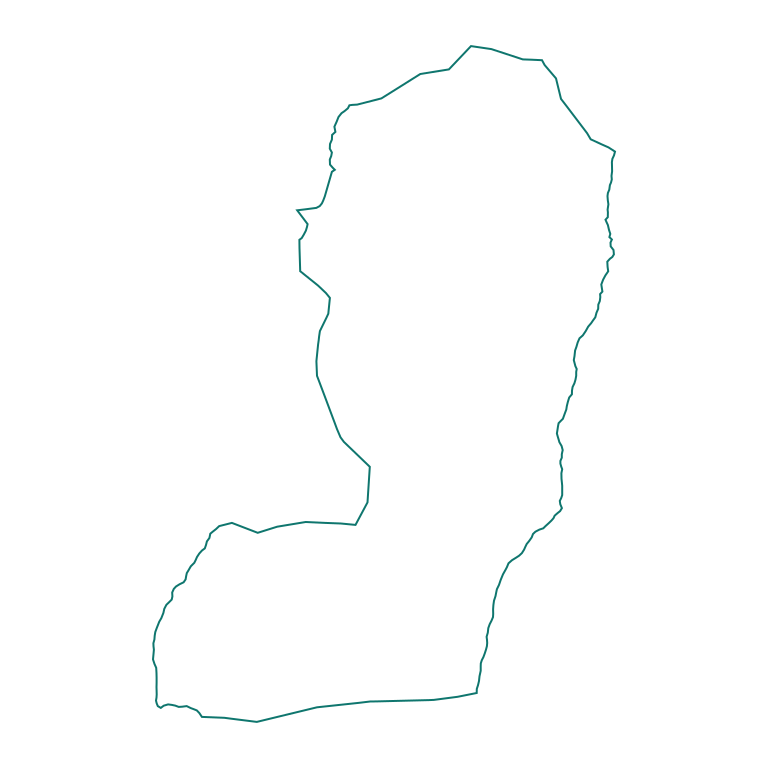 the district of Brejo do Piauí, Piauí, Brazil
{"feature_id": "56859067B37698390775933", "entity_name": "Brejo do Piauí", "entity_type": "district", "adm_level": 2, "iso_a3": "BRA", "parent_name": "Brazil", "parent_adm1": "Piauí", "projection": "mercator", "projection_center": [-42.787, -8.365], "detail": "fine", "context": "isolated", "style": "outline", "palette": "teal", "viewbox_px": 768, "rotation_deg": 0, "n_neighbors": 0, "source": "geoboundaries", "source_scale": "gbopen_adm2", "svg_char_len": 3799}
<svg xmlns="http://www.w3.org/2000/svg" viewBox="0 0 768 768"><path d="M491.4,49.1L471.0,46.1L448.9,69.4L420.3,74.0L381.4,98.4L357.2,104.6L352.2,104.9L349.4,105.3L347.9,108.3L344.4,111.2L341.5,113.2L338.5,117.0L336.6,121.8L334.4,126.7L335.4,131.9L332.1,134.9L331.9,139.6L330.0,144.0L329.8,148.7L331.9,152.5L331.2,156.1L329.8,159.5L330.0,164.6L332.8,167.8L334.8,169.8L331.9,171.8L324.8,196.4L323.2,200.6L321.9,203.4L319.7,206.1L316.3,207.9L305.6,209.3L297.2,210.3L307.6,224.1L307.0,226.9L305.9,230.6L303.8,234.6L301.7,238.1L299.4,239.8L299.5,248.1L300.2,271.2L318.1,285.6L325.9,293.0L329.9,297.9L328.3,313.7L326.4,317.8L319.9,331.1L319.1,336.5L318.7,340.2L318.1,344.4L316.4,361.2L317.0,375.8L318.6,380.0L324.3,395.1L329.8,409.8L334.9,423.4L337.0,429.1L340.5,437.3L343.9,441.9L369.8,466.8L367.5,502.4L355.5,524.9L340.9,523.5L325.1,522.9L305.7,522.0L277.2,526.7L257.7,532.8L231.9,522.9L219.2,526.1L216.0,529.1L212.7,531.7L210.3,533.7L209.4,538.0L206.9,541.4L206.0,545.0L204.8,548.4L202.0,550.5L199.3,553.5L197.0,557.0L195.7,560.0L194.3,562.8L190.8,566.3L188.5,570.3L186.8,573.1L186.1,576.4L185.6,579.4L183.6,582.3L179.5,584.3L176.0,586.5L173.8,588.9L172.2,592.5L172.4,596.5L171.7,599.6L169.4,601.9L166.4,604.8L164.3,608.8L163.4,612.9L161.3,618.2L159.2,621.8L158.0,624.9L156.8,627.9L155.3,632.0L154.7,635.7L154.4,639.5L153.4,643.2L153.5,646.2L153.9,649.7L153.5,654.1L153.0,659.4L154.5,664.0L156.2,667.8L156.5,673.1L156.6,677.7L156.6,682.9L156.5,687.3L156.6,690.6L156.7,694.5L156.5,697.6L156.0,700.6L156.7,703.4L157.8,706.1L160.8,707.9L163.7,705.7L168.1,704.4L171.8,704.9L175.2,705.6L178.7,706.9L182.1,706.7L186.7,706.1L190.8,708.1L193.5,709.1L196.8,710.4L199.3,713.0L201.9,716.9L224.4,717.8L231.2,718.7L256.8,721.9L317.0,707.3L359.3,702.8L370.1,701.5L376.9,701.4L429.0,700.1L433.8,699.9L457.6,696.8L476.7,693.0L476.8,688.9L478.0,685.2L479.0,681.0L479.5,676.3L480.7,670.8L480.7,666.2L480.8,663.4L481.8,660.2L483.4,657.1L484.8,653.3L486.0,649.6L486.9,646.2L487.2,643.0L487.0,639.8L486.6,636.8L487.8,632.7L488.3,628.1L489.7,624.2L491.5,620.7L493.0,617.1L493.2,614.0L493.1,609.2L493.4,605.0L494.0,600.7L495.5,596.1L496.2,592.5L496.9,589.2L499.0,584.9L500.7,579.9L503.0,574.3L505.3,570.2L506.9,567.2L508.5,563.3L512.0,560.2L516.2,557.6L519.1,555.7L521.9,553.1L524.1,549.6L525.2,547.1L526.7,544.0L529.0,541.2L531.7,537.4L533.0,534.0L535.4,531.7L539.4,529.6L543.3,528.3L545.5,526.1L548.7,523.2L551.4,520.6L553.5,518.2L554.7,515.6L557.7,513.0L560.1,511.1L561.9,508.1L560.3,504.3L559.8,500.9L561.2,498.1L562.2,495.1L562.2,489.9L562.2,485.8L561.9,482.6L561.5,478.7L561.4,473.2L562.2,469.2L561.2,466.5L560.4,463.6L560.4,460.9L561.8,457.7L561.8,454.2L562.7,450.1L561.6,446.0L559.4,442.2L558.6,439.4L557.7,436.4L556.9,433.5L557.4,430.3L558.0,426.3L558.6,423.2L560.8,420.9L562.9,418.8L564.8,413.5L566.3,409.5L566.8,406.2L567.8,402.1L569.2,397.5L571.9,394.3L572.0,390.5L572.6,387.0L574.4,383.3L575.5,379.6L576.2,375.8L576.2,371.9L576.7,369.0L575.4,366.2L573.8,360.1L574.5,356.1L575.1,350.5L576.4,346.9L577.7,342.4L579.5,338.3L582.8,335.4L585.7,331.1L588.2,326.6L591.2,323.1L592.9,320.6L595.3,317.3L596.5,312.7L598.2,308.8L598.3,304.6L599.8,301.1L600.3,297.1L600.1,294.1L602.4,291.6L601.3,284.5L603.1,279.7L605.4,275.4L608.2,271.3L607.6,267.0L607.3,261.7L609.9,258.8L612.3,257.0L613.9,254.4L613.5,250.0L610.7,246.4L610.5,242.6L611.9,239.5L609.4,237.1L610.3,233.9L609.0,229.9L607.9,225.1L606.6,222.3L605.5,219.7L607.8,217.2L607.9,212.3L607.6,209.6L608.4,204.3L607.8,200.2L607.5,196.1L607.9,193.0L609.3,189.6L609.9,185.1L611.0,182.6L611.8,179.4L611.5,175.9L612.1,171.3L612.0,166.3L611.9,162.1L612.4,158.8L614.0,155.4L615.0,151.6L608.5,147.4L601.3,144.2L590.7,139.3L587.1,133.2L566.7,106.3L561.0,98.9L556.0,78.4L544.6,65.0L542.0,60.2L531.4,59.7L522.8,59.4L491.4,49.1Z" fill="none" stroke="#0f766e" stroke-width="2"/></svg>